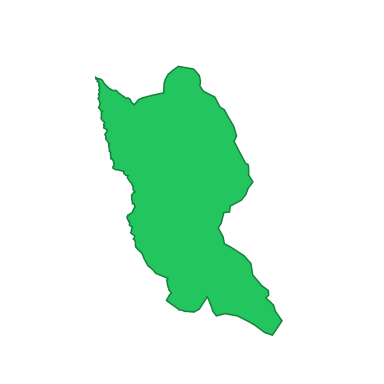 Bulgan, Bayan-Ölgiy, Mongolia, rotated 24°
{"feature_id": "93677404B54665990627190", "entity_name": "Bulgan", "entity_type": "district", "adm_level": 2, "iso_a3": "MNG", "parent_name": "Mongolia", "parent_adm1": "Bayan-Ölgiy", "projection": "robinson", "projection_center": [90.814, 47.037], "detail": "fine", "context": "isolated", "style": "filled", "palette": "green", "viewbox_px": 384, "rotation_deg": 24, "n_neighbors": 0, "source": "geoboundaries", "source_scale": "gbopen_adm2", "svg_char_len": 5890}
<svg xmlns="http://www.w3.org/2000/svg" viewBox="0 0 384 384"><g transform="rotate(24 192 192)"><path d="M233.5,146.0L231.7,143.8L229.6,144.3L219.5,136.4L209.9,128.7L209.9,122.7L203.3,114.9L193.0,107.6L188.3,103.8L183.0,103.0L174.2,96.0L161.4,95.3L156.0,91.9L154.8,87.6L151.3,82.6L143.6,79.0L128.4,82.8L124.9,88.9L122.3,94.3L121.8,100.4L122.4,104.2L125.8,112.9L115.6,120.4L108.4,126.2L105.4,129.7L103.8,135.8L101.8,135.1L100.4,134.7L100.0,134.3L99.5,134.2L99.3,133.8L98.6,133.3L98.2,132.8L96.9,132.2L96.2,132.3L95.7,132.1L95.3,132.1L94.9,132.2L94.5,132.5L94.2,133.0L93.8,133.2L93.1,133.2L91.8,132.9L91.4,132.6L90.8,132.3L90.3,132.4L89.9,132.6L88.6,132.3L87.3,131.9L85.8,131.6L85.3,131.4L84.6,131.5L84.1,131.4L83.5,130.8L81.6,130.1L80.7,130.3L79.0,131.2L78.1,131.4L76.8,131.5L76.5,131.2L74.0,131.1L72.6,130.3L71.2,130.1L68.9,129.1L66.1,127.7L65.5,127.0L64.9,126.6L64.0,126.3L63.0,126.1L61.9,126.2L61.2,126.2L60.7,126.4L60.3,126.6L59.9,126.7L57.9,126.6L57.4,126.5L57.5,126.7L57.6,126.9L58.2,127.4L58.4,127.9L59.1,127.9L60.0,127.8L60.3,128.0L60.3,129.5L61.1,129.5L61.8,129.6L62.3,130.4L63.5,131.1L63.5,131.3L63.3,131.7L63.3,132.4L64.0,133.2L64.5,133.3L65.3,134.3L65.6,134.6L65.7,134.9L65.5,135.4L65.3,136.4L65.4,136.9L66.2,137.4L66.4,137.7L67.0,138.1L67.1,138.4L67.0,139.2L67.1,139.7L67.1,139.8L66.7,140.1L66.8,140.8L67.1,141.1L68.1,141.8L68.5,142.3L68.4,142.9L68.3,143.9L68.1,144.2L68.2,144.9L69.0,145.4L70.1,145.9L70.7,147.0L71.1,147.4L71.3,147.7L72.0,148.1L72.0,148.5L72.2,148.8L72.3,149.9L72.3,150.6L72.4,151.5L72.3,152.0L72.3,153.0L72.6,153.1L73.3,153.3L74.4,153.8L74.7,154.1L74.9,154.3L75.3,154.3L76.1,154.8L76.8,154.8L76.5,155.1L76.4,155.4L77.1,156.2L77.2,156.8L77.4,157.6L77.6,157.9L77.9,158.2L78.3,158.7L78.3,158.8L78.2,159.2L78.3,159.4L78.6,160.1L78.6,160.6L78.8,161.2L78.8,161.7L79.2,161.9L79.9,162.4L80.6,162.7L80.8,162.9L81.2,163.2L82.2,163.5L83.1,163.5L83.4,163.7L83.7,164.1L83.9,164.6L83.8,165.1L83.8,165.3L83.8,166.3L84.3,167.0L85.4,167.3L85.0,167.7L84.9,168.2L85.0,168.7L85.1,169.1L85.3,169.3L85.5,169.4L86.0,169.5L87.0,169.5L87.7,169.5L88.2,169.7L89.4,169.7L89.6,170.2L89.4,170.8L89.4,171.3L89.5,172.4L89.2,173.0L89.4,173.6L88.9,174.4L88.9,174.6L89.2,175.1L89.6,175.4L91.1,176.2L91.2,176.5L91.0,176.9L91.0,177.4L91.2,177.9L91.7,178.3L91.9,178.9L92.1,178.9L92.5,179.1L93.3,179.4L94.3,180.2L95.3,180.7L95.5,181.1L96.1,181.5L96.9,181.7L96.6,182.1L96.6,182.4L96.7,182.8L96.9,183.1L96.9,183.4L97.0,183.6L97.3,184.2L98.5,185.6L99.0,186.1L99.2,186.7L99.3,187.0L99.6,187.5L99.8,188.2L99.9,188.4L100.4,188.6L101.0,188.7L101.9,189.3L101.9,190.1L102.1,190.8L102.4,191.1L102.7,191.4L102.9,191.8L103.1,192.2L103.8,192.6L103.6,193.4L103.6,193.7L103.7,193.8L104.0,194.0L104.3,194.6L104.5,194.7L104.8,194.7L106.2,194.4L106.7,195.1L107.2,195.4L107.5,195.8L108.0,196.2L108.6,197.2L108.8,197.7L109.6,198.1L109.6,198.3L109.8,198.9L110.4,199.5L109.5,200.5L109.7,200.9L109.7,201.3L109.7,201.9L110.1,202.3L110.7,202.5L112.0,202.6L113.5,202.6L115.0,202.1L115.5,201.9L116.4,201.6L116.7,201.6L117.3,201.7L120.3,201.0L121.0,200.8L121.5,201.8L122.4,202.9L122.6,203.1L122.9,203.1L123.8,203.1L124.2,203.4L124.8,203.7L125.9,203.5L126.9,203.2L126.9,203.6L127.1,205.2L127.2,205.3L127.9,205.8L129.0,206.2L129.5,206.6L129.8,207.0L130.5,207.5L131.5,208.0L132.9,208.5L133.5,209.1L134.2,209.2L134.5,210.0L134.9,210.4L135.5,210.6L136.1,210.6L136.1,210.9L136.2,211.3L136.2,211.9L136.7,212.7L136.8,213.0L137.1,213.5L137.4,214.0L138.1,214.5L139.1,214.6L139.6,214.8L139.8,215.3L139.2,215.7L138.9,216.3L138.9,216.5L138.7,216.9L138.7,217.3L138.9,217.7L138.5,218.0L138.2,218.5L138.2,219.6L138.7,220.8L138.8,221.1L139.0,221.4L139.2,221.6L139.6,222.2L139.7,222.8L140.0,223.1L140.0,223.3L140.2,223.6L140.3,223.8L140.6,224.0L141.0,224.7L141.3,224.9L141.8,225.0L141.9,226.1L142.3,226.9L142.5,226.7L143.7,226.3L143.9,226.8L144.1,227.0L144.5,227.3L145.0,227.4L145.5,228.5L146.1,228.9L146.1,229.7L145.6,230.5L145.7,231.8L146.0,232.5L145.9,232.6L145.6,233.2L145.6,233.9L145.7,234.8L145.7,235.1L145.4,235.5L145.3,235.8L144.6,236.5L144.5,237.2L144.2,237.4L144.0,238.0L143.9,238.2L143.2,238.7L142.7,239.4L142.8,239.5L143.0,239.9L143.0,240.2L142.9,240.4L142.7,241.0L142.7,241.3L143.1,241.9L143.6,242.3L144.2,243.2L144.3,243.3L144.7,243.6L145.4,243.7L145.9,243.7L146.0,244.2L146.1,244.6L146.3,244.9L147.2,245.4L147.8,245.6L147.9,246.0L148.1,246.4L148.0,247.2L148.2,247.6L148.9,248.0L149.2,248.1L149.8,248.0L150.7,248.2L151.4,248.0L151.6,247.9L151.7,248.0L151.8,248.7L151.7,249.5L152.0,250.4L152.0,251.4L152.3,251.9L152.5,252.1L152.7,252.5L152.9,252.8L152.4,253.6L152.4,253.9L152.5,254.0L153.2,254.6L153.9,254.8L154.2,254.9L155.4,254.7L155.9,254.7L157.1,255.4L157.4,255.6L157.7,256.2L157.7,256.8L158.0,257.6L157.9,258.1L157.5,258.7L157.5,258.9L158.1,258.8L158.3,258.9L158.8,259.3L160.0,259.9L160.3,260.2L161.3,262.0L161.8,263.4L162.3,264.0L162.7,264.9L163.2,265.0L163.2,265.3L163.3,265.4L171.5,268.6L175.7,272.7L181.8,277.3L187.7,278.9L192.1,281.1L205.1,280.6L204.7,282.0L204.7,282.7L205.0,283.4L205.5,284.1L206.4,284.9L207.2,286.6L209.9,289.7L211.3,291.2L211.9,291.4L212.7,291.8L214.3,292.6L213.4,294.6L213.1,297.5L212.8,301.6L227.3,304.5L227.5,304.6L227.6,304.9L227.8,305.0L228.2,304.9L228.8,304.9L229.3,304.5L229.8,304.2L230.7,304.1L231.3,304.0L232.3,304.1L234.2,303.9L235.0,303.7L235.5,303.2L236.5,302.9L237.0,302.7L239.1,302.2L239.7,302.0L240.2,301.6L241.2,301.1L241.6,301.1L241.9,301.2L242.2,301.2L242.5,301.0L246.3,296.1L248.6,281.5L251.0,283.6L258.0,290.6L259.1,292.2L264.6,295.3L271.6,289.7L284.0,286.7L297.1,287.4L303.6,288.1L315.7,290.8L323.7,290.1L326.6,273.0L324.0,271.5L316.5,266.9L312.6,262.2L302.4,258.6L304.0,255.1L301.9,251.0L293.8,249.2L281.1,243.0L274.9,233.4L265.6,229.1L249.3,226.5L242.6,226.1L238.5,220.2L230.7,214.2L230.9,211.7L231.4,209.0L229.5,197.8L234.4,195.0L232.7,189.2L240.3,179.6L242.2,172.3L241.8,165.3L243.6,158.1L236.9,153.4L233.5,146.0Z" fill="#22c55e" stroke="#15803d" stroke-width="1.5"/></g></svg>